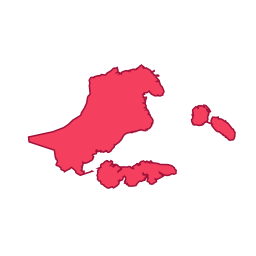 U, Pohnpei, Federated States of Micronesia (Natural Earth projection), rotated 66°
{"feature_id": "79324940B31691034545854", "entity_name": "U", "entity_type": "district", "adm_level": 2, "iso_a3": "FSM", "parent_name": "Federated States of Micronesia", "parent_adm1": "Pohnpei", "projection": "natural_earth1", "projection_center": [158.28, 6.951], "detail": "fine", "context": "isolated", "style": "filled", "palette": "rose", "viewbox_px": 256, "rotation_deg": 66, "n_neighbors": 0, "source": "geoboundaries", "source_scale": "gbopen_adm2", "svg_char_len": 5937}
<svg xmlns="http://www.w3.org/2000/svg" viewBox="0 0 256 256"><g transform="rotate(66 128 128)"><path d="M151.8,190.8L153.0,178.2L152.5,178.7L152.8,179.3L152.6,182.6L151.8,187.4L150.6,186.2L149.5,185.8L149.1,187.4L148.1,187.4L147.7,187.8L147.4,187.1L146.0,186.2L145.2,185.8L144.5,186.1L143.8,184.5L141.0,183.1L142.3,182.4L143.0,180.7L143.1,177.2L142.7,176.4L143.0,175.3L142.4,173.2L141.8,172.5L141.2,172.6L141.0,171.6L140.3,171.1L138.6,171.5L137.9,170.9L138.5,167.4L137.0,166.2L136.3,166.7L136.1,166.4L136.5,165.6L135.5,165.7L135.8,165.1L137.2,165.2L137.7,163.7L137.4,162.9L138.8,162.7L138.9,162.2L137.2,162.2L138.4,161.9L140.0,160.5L140.2,158.9L139.7,157.7L140.4,157.5L140.2,156.9L141.9,156.4L142.4,155.3L142.0,152.9L140.7,151.0L139.8,148.4L138.2,147.3L137.4,147.7L138.3,146.5L137.4,142.2L136.1,139.1L132.8,134.6L132.2,131.6L133.1,126.5L133.7,126.7L133.9,125.2L133.4,124.8L133.8,124.4L133.8,123.1L134.2,123.2L134.4,122.4L134.6,117.7L135.0,117.7L135.2,116.2L136.5,115.1L137.7,112.8L136.6,112.0L137.5,111.1L136.8,110.7L137.2,109.6L136.8,107.8L135.4,105.4L133.7,104.6L134.1,104.3L133.8,103.6L131.5,102.2L130.0,102.0L126.7,102.7L124.7,102.5L124.2,103.5L123.1,103.7L123.0,102.6L120.3,102.5L119.1,102.9L118.8,103.7L118.7,103.2L116.7,103.1L116.3,104.1L116.0,103.0L114.8,102.4L113.3,102.6L112.0,102.1L111.2,104.6L111.8,102.0L110.3,100.9L109.6,101.4L108.3,101.4L108.9,99.6L107.4,98.7L106.2,101.4L103.6,100.9L103.4,100.2L103.8,99.3L102.7,99.3L102.5,98.8L103.5,96.4L102.9,93.7L104.8,93.5L105.7,92.9L106.1,93.1L109.1,90.8L109.7,90.1L110.5,87.9L109.7,86.7L110.7,87.4L111.8,85.6L111.9,82.7L111.2,82.7L109.8,80.6L108.8,80.2L104.3,80.0L102.3,80.9L97.9,80.5L97.3,80.7L97.5,82.1L97.4,82.5L97.2,82.7L97.0,80.4L93.0,81.6L91.7,81.4L92.4,79.9L92.2,79.3L92.9,79.2L92.9,78.7L92.5,78.6L91.8,79.1L90.8,82.5L89.9,82.5L87.7,83.5L87.1,83.1L86.7,80.9L86.3,80.8L86.6,83.4L86.3,83.1L85.9,83.8L84.4,84.1L80.6,86.8L80.2,88.2L79.5,88.5L79.8,90.1L78.9,88.7L78.1,88.9L78.0,89.4L76.0,90.0L76.2,91.7L77.1,94.0L77.2,96.1L77.9,96.2L77.3,98.4L76.9,98.4L76.4,99.5L76.0,102.6L76.6,102.8L76.0,103.1L75.7,104.6L76.2,104.7L75.1,105.8L74.6,107.5L74.5,111.0L75.8,112.1L74.9,112.3L75.0,114.0L74.3,113.2L73.2,113.9L72.9,115.5L72.5,114.4L71.2,113.7L68.3,113.3L68.4,115.2L67.6,116.3L67.6,117.0L68.9,120.6L69.3,124.7L70.2,126.5L70.2,127.5L68.3,130.6L69.0,132.7L68.5,132.9L68.0,134.5L67.5,137.5L67.5,138.1L68.1,138.3L67.9,139.3L67.1,140.1L66.8,141.4L68.5,144.0L71.8,144.7L73.3,146.0L81.7,148.8L82.7,151.4L83.5,152.4L88.5,155.7L92.4,160.1L95.0,164.2L97.2,166.0L98.4,175.2L100.5,180.9L101.5,186.5L100.9,198.1L95.8,222.5L100.4,224.0L118.3,204.3L125.3,206.3L126.2,206.0L126.9,206.5L129.0,205.7L130.4,206.5L132.1,208.5L133.0,208.7L134.4,207.0L137.1,205.5L138.7,206.0L141.0,203.8L142.1,203.9L141.6,199.5L141.8,198.3L140.9,195.8L144.5,193.9L145.9,193.4L147.6,193.7L149.0,192.9L151.8,190.8ZM189.0,102.7L186.2,101.2L184.4,102.0L183.0,101.9L180.4,103.3L177.7,106.4L174.2,113.8L173.0,114.5L170.1,119.1L169.8,120.2L169.3,120.6L168.8,120.0L167.5,120.4L167.3,121.0L167.9,122.1L168.6,122.1L168.0,123.2L167.2,123.2L167.2,123.8L165.9,124.2L166.1,125.5L166.7,125.9L164.4,127.2L164.0,129.8L164.7,131.5L166.0,131.4L166.4,131.9L165.6,132.5L166.2,133.0L166.5,132.5L166.2,133.9L164.8,133.3L164.2,134.3L164.7,135.5L165.2,139.2L166.6,139.7L167.8,139.3L166.6,140.4L166.7,140.0L165.6,140.3L164.9,141.6L164.2,141.7L163.5,142.8L163.4,144.6L161.1,149.2L162.4,151.1L162.9,150.9L162.9,151.4L163.7,151.4L163.2,151.6L163.9,154.8L163.2,154.3L163.1,152.0L161.3,150.6L160.4,150.8L159.9,151.8L157.2,153.0L157.0,156.0L157.7,156.9L157.0,157.5L156.7,154.5L156.3,154.1L155.2,156.5L154.9,158.6L154.1,156.7L152.4,155.9L150.9,156.8L151.6,158.1L151.1,159.2L150.2,160.1L149.7,159.9L149.2,160.7L149.4,163.2L150.3,164.9L150.2,167.1L150.9,168.2L152.8,168.7L152.7,171.5L153.2,170.7L154.7,173.1L157.2,174.1L158.8,175.6L160.5,175.6L162.2,176.7L164.5,176.1L165.6,174.6L166.3,175.1L168.1,175.2L170.3,173.2L170.8,173.4L174.1,171.4L175.1,170.0L175.2,166.5L176.8,165.6L176.4,162.0L175.2,158.9L174.0,158.4L173.0,157.2L172.4,157.9L172.2,156.6L173.0,156.2L173.1,154.6L172.8,153.7L170.6,152.1L171.1,151.3L170.6,150.8L171.9,150.2L174.9,151.5L174.7,152.0L175.3,152.7L176.1,152.2L176.1,151.6L176.1,152.7L177.0,153.5L177.5,152.3L179.0,152.2L179.7,151.6L179.1,151.2L181.4,150.8L182.9,147.5L183.8,144.1L182.4,142.1L181.5,140.1L181.4,138.7L182.2,137.4L182.0,135.5L182.4,135.0L182.4,133.6L181.7,132.9L181.2,133.1L181.3,133.7L180.9,133.4L181.1,132.1L179.6,131.2L179.9,130.6L178.8,129.8L177.9,130.5L177.6,132.1L177.0,133.0L176.2,133.1L174.6,132.5L176.9,132.8L178.3,129.2L179.7,129.1L181.2,130.5L181.7,130.0L183.6,131.7L184.7,132.1L185.8,130.8L187.8,130.7L189.1,129.0L189.2,127.3L188.9,127.2L188.5,123.8L187.0,123.3L185.0,124.4L185.6,123.6L186.9,123.1L186.5,122.7L186.8,122.1L186.4,116.2L183.9,115.9L182.1,117.4L181.4,117.3L185.0,114.6L186.1,114.6L185.8,113.7L187.1,112.0L187.8,110.0L187.8,106.2L188.9,104.9L189.0,102.7ZM150.5,67.2L151.3,67.1L152.3,66.0L152.7,64.5L154.4,62.5L155.2,60.1L155.0,59.7L155.4,58.8L154.7,57.9L155.1,57.5L154.3,56.2L154.1,54.1L158.9,49.4L159.5,50.3L160.5,50.3L165.9,48.8L167.7,47.7L168.7,46.1L172.4,44.2L172.6,43.7L173.4,44.0L175.0,42.4L175.6,42.2L176.5,43.2L176.0,42.1L180.3,40.4L181.5,37.0L181.1,35.7L179.3,34.0L175.5,32.0L173.7,32.5L172.5,32.2L171.6,32.5L171.1,33.1L164.0,34.9L163.1,35.9L161.2,36.0L161.5,36.6L161.1,37.1L159.8,37.6L157.7,39.2L156.2,41.7L154.8,41.1L154.2,43.2L152.5,46.3L154.7,48.9L157.8,50.2L154.0,53.9L154.0,52.8L152.6,51.5L149.9,50.6L148.9,49.2L148.1,48.6L147.8,48.9L147.4,48.2L145.8,47.9L144.4,48.6L143.1,48.4L144.3,47.7L146.0,47.5L146.6,46.9L146.5,46.0L143.7,46.2L139.2,47.7L137.9,49.5L138.3,50.1L139.7,49.9L137.2,52.1L137.4,52.8L136.4,54.1L136.6,55.6L138.0,55.7L139.1,56.2L136.7,56.0L136.8,56.8L136.2,57.6L137.6,61.3L139.6,62.5L141.3,62.4L141.8,63.8L143.4,62.7L142.7,64.1L144.6,64.4L145.6,65.3L146.4,66.7L148.9,67.2L149.8,66.7L150.5,66.8L150.5,67.2Z" fill="#f43f5e" stroke="#9f1239" stroke-width="1.5"/></g></svg>